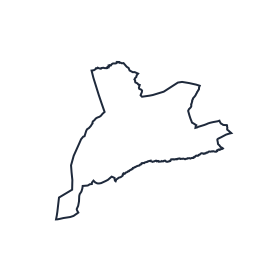 Akatsi North, Volta, Ghana, rotated 252°
{"feature_id": "2480657B78562505377679", "entity_name": "Akatsi North", "entity_type": "district", "adm_level": 2, "iso_a3": "GHA", "parent_name": "Ghana", "parent_adm1": "Volta", "projection": "natural_earth1", "projection_center": [0.826, 6.311], "detail": "fine", "context": "isolated", "style": "outline", "palette": "slate", "viewbox_px": 256, "rotation_deg": 252, "n_neighbors": 0, "source": "geoboundaries", "source_scale": "gbopen_adm2", "svg_char_len": 5526}
<svg xmlns="http://www.w3.org/2000/svg" viewBox="0 0 256 256"><g transform="rotate(252 128 128)"><path d="M193.9,111.1L186.5,110.6L176.9,110.5L168.5,110.4L159.4,110.5L150.5,110.7L149.4,108.2L148.0,106.0L147.5,104.4L147.4,102.0L147.0,100.3L145.8,98.4L145.1,96.6L144.2,95.9L143.3,95.7L142.7,94.7L141.5,93.4L140.1,91.0L139.4,88.6L138.1,87.3L133.6,84.1L133.6,82.7L131.8,79.9L128.2,76.7L118.4,67.8L110.1,62.3L103.6,60.7L95.7,59.0L86.6,55.8L83.2,40.9L70.1,34.9L66.5,33.1L63.3,31.3L62.9,32.9L62.6,35.5L62.3,38.9L61.2,45.5L61.2,49.0L62.9,54.6L65.4,54.1L66.5,54.1L66.9,54.3L69.3,56.5L73.3,58.7L78.4,60.6L80.0,61.6L82.0,64.1L84.6,65.9L86.9,67.0L85.8,71.5L85.8,72.6L86.3,74.1L85.9,76.3L87.2,76.8L88.6,78.9L86.4,80.0L84.8,81.7L84.2,83.3L83.9,85.4L84.5,90.5L84.9,92.9L86.8,97.4L85.7,98.7L84.6,99.8L83.8,99.5L82.0,99.3L81.2,99.8L81.8,100.3L82.4,100.7L82.6,100.9L82.8,101.5L83.1,102.7L83.4,103.2L83.6,103.9L83.5,105.8L84.0,107.4L84.3,108.2L84.7,108.5L85.4,108.6L85.7,108.8L85.5,109.8L85.6,110.0L86.1,110.1L85.9,110.4L85.9,110.8L85.6,111.0L86.0,111.8L86.3,112.1L86.3,113.5L86.4,113.9L86.7,114.3L86.8,114.7L86.6,115.1L86.6,115.6L86.8,116.0L87.1,116.1L87.2,116.4L87.4,117.5L87.3,117.8L87.4,118.0L87.6,118.4L87.5,118.7L87.7,118.9L87.8,119.1L87.7,119.6L87.8,120.0L88.0,120.1L88.4,120.2L88.5,120.3L88.4,121.7L88.7,122.2L88.5,122.7L88.5,123.0L88.9,124.0L88.9,124.5L89.0,124.9L88.9,125.3L89.0,125.9L88.9,126.3L88.9,126.8L88.8,127.3L89.4,127.9L89.3,129.1L89.6,129.4L89.6,129.7L89.8,129.9L90.2,129.9L90.3,130.1L90.3,130.4L90.0,130.8L90.0,131.3L90.1,131.6L89.8,132.1L89.6,132.5L90.0,133.2L90.0,133.9L89.9,134.5L90.0,134.8L89.9,135.2L90.0,135.6L89.8,136.1L90.1,136.5L90.2,137.0L90.0,137.6L90.1,138.2L89.8,138.9L89.9,139.5L89.7,139.5L89.2,139.6L88.9,140.2L88.2,140.9L88.2,141.3L88.3,141.5L88.3,141.8L88.1,142.4L88.3,143.5L88.2,144.1L88.3,144.4L88.2,144.7L87.7,144.9L87.4,145.0L87.3,145.7L87.5,146.0L87.4,146.4L87.3,146.6L86.5,146.7L86.3,147.1L86.4,147.3L86.4,147.9L85.9,148.8L85.9,149.6L86.1,149.9L85.7,150.3L85.4,151.0L85.4,151.3L85.6,151.4L85.7,151.7L85.6,152.1L85.5,152.5L85.6,153.1L85.2,153.5L84.4,153.8L84.2,153.9L83.7,154.9L83.7,155.4L83.6,155.8L83.7,156.0L83.7,156.7L83.5,157.2L83.7,157.5L83.6,157.9L84.0,158.0L84.1,158.5L84.4,158.9L84.5,159.3L84.8,159.5L84.6,159.8L84.6,160.4L84.4,160.6L84.4,160.9L84.1,161.9L83.8,162.0L83.8,162.5L83.6,162.8L83.6,163.2L83.7,163.5L83.6,164.0L83.2,164.5L83.1,164.9L83.4,165.1L83.3,165.5L83.4,165.9L83.2,166.2L83.2,166.6L83.3,167.0L83.2,167.3L83.1,167.7L82.8,167.8L82.4,168.1L82.3,168.3L82.4,168.8L81.9,169.9L81.9,170.6L81.8,171.1L81.3,171.9L80.8,172.4L80.8,172.7L80.6,173.0L80.8,173.7L80.7,174.1L80.5,174.5L80.6,175.0L80.8,175.3L80.5,176.0L80.5,176.5L80.3,177.2L79.7,177.8L79.8,178.1L79.7,178.3L79.7,178.5L79.8,179.0L79.8,179.4L79.6,179.8L79.5,180.3L79.3,180.8L79.3,181.0L79.7,181.1L79.7,181.4L80.0,181.8L79.8,182.1L79.9,182.9L80.3,183.2L80.4,183.9L80.6,184.1L80.5,185.0L80.1,185.4L80.0,186.2L80.0,186.4L80.2,186.6L80.3,186.8L80.6,187.0L80.5,187.7L80.5,188.0L80.8,188.5L80.9,188.8L81.2,189.4L81.2,190.5L80.1,191.9L80.3,192.4L80.0,192.5L79.9,192.9L79.9,194.2L80.3,194.6L80.4,195.1L80.0,195.8L80.0,196.1L80.2,196.5L80.5,197.0L80.5,197.4L80.6,197.9L80.0,199.1L79.9,200.5L79.7,200.7L79.8,200.9L79.5,202.1L79.0,202.7L78.6,203.5L78.2,204.4L78.3,204.6L78.4,205.5L78.9,205.4L79.2,205.6L79.3,206.1L79.3,206.7L79.5,207.1L79.5,207.5L79.2,207.6L78.9,208.3L79.1,208.4L79.3,208.6L79.2,209.1L79.1,209.6L79.2,210.0L79.1,210.3L79.2,210.5L79.0,210.8L79.0,211.6L79.2,212.0L80.2,211.3L80.9,210.5L82.2,209.8L83.0,209.7L84.2,209.0L84.8,208.7L85.2,208.7L86.6,209.0L87.6,209.1L89.2,209.3L89.7,209.7L90.0,210.6L90.4,213.5L91.4,219.2L91.4,222.3L91.2,224.7L91.6,224.5L92.1,224.1L94.4,222.8L95.5,222.0L95.7,221.9L96.2,221.9L96.7,222.1L97.4,222.5L97.8,222.6L99.0,222.7L99.8,223.0L100.1,223.0L100.4,222.5L101.1,220.4L101.5,219.5L102.7,218.6L103.6,217.7L106.1,217.2L106.7,217.2L106.7,215.3L107.3,210.9L107.5,208.7L107.6,207.3L107.6,205.6L107.4,203.7L107.3,201.5L107.4,195.2L107.2,194.2L107.3,192.2L107.5,192.3L109.2,193.2L109.6,193.8L112.0,191.8L113.4,190.5L114.8,190.5L117.7,190.3L121.1,190.3L125.7,190.5L127.1,191.8L127.5,192.7L128.3,194.1L129.0,194.8L129.7,195.1L130.8,195.3L130.9,195.5L131.2,195.5L131.6,196.0L133.7,197.4L133.9,197.3L134.6,197.7L135.3,198.6L135.9,198.8L136.3,199.3L137.1,200.7L138.1,202.2L139.4,203.4L139.7,203.9L141.0,205.0L141.2,205.5L142.2,206.4L142.4,206.9L143.0,207.5L144.6,208.1L146.0,209.3L148.2,206.2L151.8,200.1L155.1,193.7L155.8,189.5L151.5,173.2L151.7,161.8L152.1,158.5L153.4,151.0L155.2,150.1L155.8,150.5L157.6,152.1L158.2,152.4L158.7,152.7L159.1,152.9L159.9,152.7L160.5,152.3L161.8,150.8L162.9,150.8L163.1,150.9L165.3,152.4L165.8,151.5L166.0,151.4L166.2,151.5L166.7,151.0L167.6,150.7L169.1,149.1L169.5,149.1L170.4,149.2L171.1,149.5L172.2,149.1L173.4,150.4L173.9,151.6L175.4,152.5L176.6,154.4L179.1,151.6L179.6,149.8L182.2,147.3L184.9,147.1L186.6,145.7L191.1,143.8L191.4,142.4L191.5,142.0L192.3,141.3L192.6,140.2L193.0,140.4L193.4,140.2L193.8,139.2L193.8,138.8L194.3,137.9L194.2,137.6L193.5,137.5L193.2,137.2L193.3,135.9L193.9,134.1L194.0,133.4L193.7,132.2L192.8,131.1L193.0,130.6L193.5,130.1L193.5,129.0L192.4,129.2L192.0,128.5L191.8,128.4L192.4,127.5L192.1,126.8L191.4,126.8L191.4,126.4L192.3,124.0L192.9,123.2L193.2,121.5L192.8,120.9L192.9,120.3L193.2,120.2L193.3,120.1L193.3,119.7L193.4,119.3L193.8,118.9L194.0,118.5L194.3,118.3L194.4,117.9L194.6,117.8L194.4,117.5L194.3,116.9L194.4,116.6L194.6,116.6L194.8,116.2L194.0,115.3L193.5,113.3L193.9,111.1Z" fill="none" stroke="#1e293b" stroke-width="2"/></g></svg>